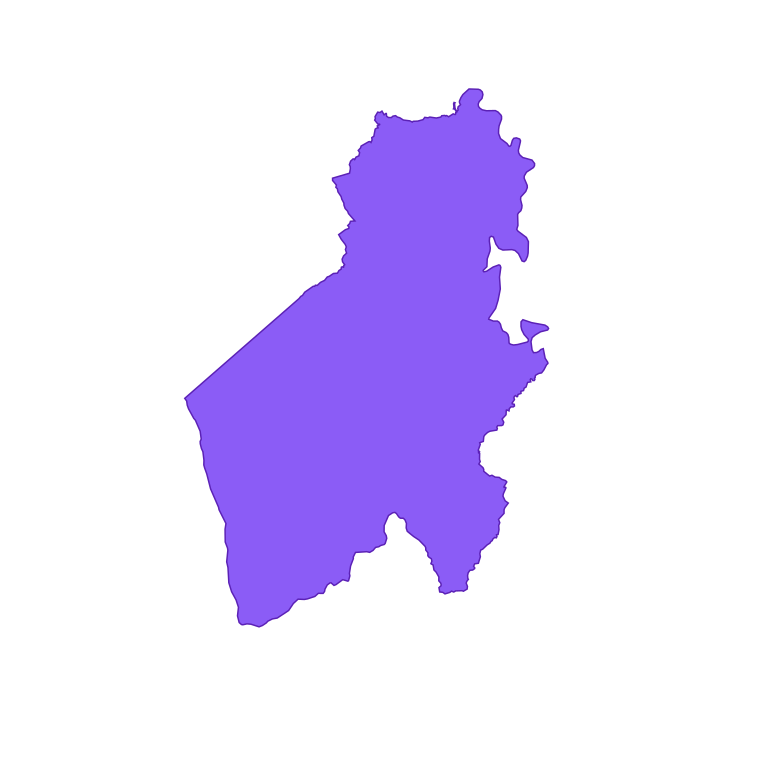 Riofrío, Valle del Cauca, Colombia, rotated 319°
{"feature_id": "7082276B33798425293322", "entity_name": "Riofrío", "entity_type": "district", "adm_level": 2, "iso_a3": "COL", "parent_name": "Colombia", "parent_adm1": "Valle del Cauca", "projection": "orthographic", "projection_center": [-76.345, 4.104], "detail": "fine", "context": "isolated", "style": "filled", "palette": "violet", "viewbox_px": 768, "rotation_deg": 319, "n_neighbors": 0, "source": "geoboundaries", "source_scale": "gbopen_adm2", "svg_char_len": 6171}
<svg xmlns="http://www.w3.org/2000/svg" viewBox="0 0 768 768"><g transform="rotate(319 384 384)"><path d="M641.7,217.1L633.5,217.3L630.0,218.3L626.5,220.0L625.5,221.3L625.0,223.4L621.9,223.4L620.3,224.6L619.8,225.8L618.2,226.1L617.8,225.4L618.5,222.5L621.2,218.6L622.1,218.4L621.6,217.5L620.4,218.1L618.2,221.2L616.9,221.9L617.7,222.9L617.3,226.4L616.3,226.1L615.3,227.2L614.5,227.3L613.4,225.5L608.1,224.7L607.4,222.5L606.3,222.1L606.1,221.2L603.6,219.4L602.0,219.8L598.0,217.6L593.7,212.6L591.8,211.9L589.7,209.5L586.9,210.1L581.9,207.7L578.4,204.9L577.2,204.9L576.1,202.3L571.8,197.5L570.6,193.4L569.2,191.3L568.8,189.1L566.5,187.7L564.3,187.7L562.2,185.8L561.6,183.7L563.2,181.4L562.8,181.0L560.7,180.9L561.5,176.7L559.1,176.5L557.6,174.7L552.7,176.3L551.5,178.1L550.1,178.7L549.9,183.8L551.1,185.0L550.9,185.4L548.2,184.8L547.6,186.8L546.1,186.0L544.5,185.9L538.8,190.4L536.4,190.0L535.0,192.1L532.6,193.2L532.4,191.8L531.4,191.1L522.9,189.4L521.0,190.5L517.8,190.8L517.4,193.4L514.7,195.3L511.7,194.4L509.1,195.4L509.0,194.5L508.2,193.8L505.0,193.9L501.7,195.8L501.2,197.7L499.8,199.5L496.3,202.3L480.2,194.9L478.7,196.7L478.6,202.6L476.7,204.0L476.9,206.0L475.3,208.8L474.6,214.4L473.4,216.8L472.4,221.1L471.1,222.8L469.8,226.1L469.9,229.7L469.0,232.1L469.0,241.8L465.4,239.2L463.4,240.4L460.6,240.6L460.5,242.6L459.4,243.5L456.1,242.2L447.8,241.5L446.7,246.6L446.3,253.2L445.5,255.8L443.1,257.2L441.6,260.7L437.6,260.8L434.3,262.3L432.9,264.6L432.5,268.2L431.4,268.2L430.1,269.3L429.3,268.1L428.4,267.9L427.0,269.2L424.4,268.8L421.6,269.8L418.3,267.4L413.3,266.8L411.4,266.0L407.1,266.8L402.7,265.6L398.3,265.8L397.0,264.4L395.8,264.8L394.7,263.8L384.4,262.7L380.6,263.7L378.6,263.3L375.9,263.8L224.2,264.1L223.9,267.4L221.6,270.9L220.2,274.5L217.9,285.1L217.9,287.6L214.3,299.0L209.9,305.7L207.6,306.7L206.1,308.6L203.9,312.9L202.9,316.3L198.1,323.4L194.9,326.9L193.6,329.6L191.3,335.5L184.3,349.4L178.3,368.4L177.0,370.7L173.2,385.6L168.8,389.3L160.5,399.1L158.3,405.1L157.1,407.0L148.6,415.0L145.8,420.2L136.5,432.2L132.7,440.8L130.7,449.9L127.7,457.0L121.3,462.9L118.2,469.0L118.6,472.0L119.5,473.1L123.2,475.1L126.0,478.0L130.4,485.3L133.8,486.5L138.4,487.1L140.7,486.8L145.7,488.1L149.9,490.6L163.4,492.4L171.6,490.2L178.0,490.0L182.5,494.3L185.3,496.0L192.6,499.0L197.1,498.9L200.7,502.1L203.0,501.6L204.9,500.1L209.4,498.4L212.7,498.7L213.6,499.3L214.1,503.2L216.1,503.9L224.5,504.6L227.4,509.1L228.2,509.2L232.4,506.4L233.6,504.3L239.4,499.4L246.3,495.7L247.3,494.4L252.0,492.4L260.9,499.2L262.8,501.7L266.5,502.4L270.5,501.8L273.3,503.4L275.5,503.7L279.0,505.3L280.3,505.1L284.8,502.3L286.2,499.9L287.1,495.6L291.3,490.9L301.1,486.2L306.1,486.9L308.0,488.1L308.4,490.0L307.9,494.0L308.3,496.0L310.5,498.0L310.7,500.2L309.5,503.9L306.3,507.2L304.9,510.5L306.3,518.5L308.0,524.6L308.5,533.3L308.1,534.9L306.6,536.7L306.4,540.2L304.4,542.4L304.3,544.3L305.1,546.9L303.9,549.1L301.5,550.4L302.3,552.8L299.7,557.1L299.9,560.2L298.8,565.6L296.2,568.5L296.2,571.5L295.5,572.9L294.6,573.7L291.9,573.7L289.6,577.5L291.7,579.8L292.3,582.4L297.0,584.5L299.0,584.6L300.2,586.8L302.4,587.2L307.3,591.2L308.0,592.5L312.2,593.3L314.2,591.5L315.4,588.2L316.9,587.3L319.6,586.7L319.6,585.9L321.4,583.4L323.7,581.7L326.7,581.0L328.9,582.6L331.3,582.8L331.9,582.2L332.0,580.4L334.4,579.2L337.6,581.2L343.4,577.6L345.0,574.9L348.0,572.8L350.2,573.4L356.3,573.1L359.6,573.6L361.3,573.0L363.0,573.2L364.1,572.5L366.7,572.4L367.9,573.8L369.2,573.2L370.0,571.6L371.4,572.4L375.2,569.4L377.8,566.0L380.4,564.6L381.6,561.3L389.7,560.4L392.1,557.7L393.9,556.7L399.7,555.4L398.8,551.6L400.2,546.7L402.0,545.2L407.9,542.4L408.0,541.7L406.8,540.8L407.2,540.2L412.4,538.5L412.4,536.7L410.3,533.2L409.7,530.1L406.8,527.2L405.6,523.7L403.3,522.7L402.0,515.3L403.3,513.8L403.8,512.1L403.1,506.6L405.7,505.7L406.7,503.5L410.6,499.2L410.2,498.0L410.6,497.5L410.9,498.3L411.6,497.9L411.2,497.2L411.8,496.5L411.7,495.8L416.9,492.8L417.7,491.1L421.3,492.5L424.9,489.1L426.8,488.6L430.4,488.5L432.9,489.1L438.9,492.8L440.4,491.9L440.8,490.5L442.4,490.0L445.6,492.6L447.0,492.9L449.3,491.4L450.2,487.9L455.9,487.3L459.1,484.0L459.7,484.2L460.7,486.3L462.4,484.8L464.8,484.6L466.5,486.1L468.0,486.2L469.0,484.8L467.8,483.1L468.2,482.4L472.2,481.4L473.0,479.6L474.3,478.9L475.6,479.0L476.0,480.9L476.9,480.9L478.3,479.8L481.2,481.0L482.5,479.3L485.0,480.5L487.1,479.1L489.2,479.5L493.4,477.0L496.2,478.7L497.2,476.7L498.1,476.3L498.8,477.2L498.6,479.1L499.8,480.0L501.0,479.4L501.3,478.4L502.5,478.2L503.3,477.2L504.6,476.9L507.8,477.6L510.2,479.0L513.8,478.3L519.4,476.1L521.1,476.1L521.8,475.1L522.5,470.3L527.4,461.8L525.1,460.9L522.2,461.0L519.7,460.3L517.4,458.4L518.1,455.4L522.7,448.5L526.2,446.2L530.3,446.2L536.4,447.3L542.9,450.6L544.6,450.1L545.0,448.2L544.1,445.1L535.7,434.6L531.0,426.6L528.2,427.0L525.1,430.5L523.5,433.4L522.2,438.5L522.3,444.7L521.2,446.2L519.9,446.4L518.6,445.8L510.8,441.9L507.4,439.6L505.5,436.9L505.3,435.1L508.8,430.6L510.0,427.9L510.0,425.5L508.5,421.8L509.4,418.6L511.1,415.3L511.4,412.7L510.8,410.8L507.9,408.4L505.5,403.8L506.7,403.0L517.8,400.2L525.1,395.6L534.1,388.6L541.3,379.1L548.7,372.6L549.4,370.7L548.9,369.5L543.1,367.3L535.4,366.2L533.0,364.9L533.0,363.8L533.4,363.3L538.6,363.0L544.0,357.3L551.2,353.2L553.4,351.1L557.3,345.2L559.8,342.7L561.8,342.8L563.0,344.9L560.2,352.0L559.7,357.0L561.6,360.9L568.7,366.5L570.5,369.2L571.0,373.9L568.9,381.7L570.0,383.6L572.0,383.7L576.2,381.7L578.7,379.7L586.4,371.3L587.6,366.8L585.4,356.6L585.6,354.4L589.1,352.2L596.1,343.7L597.8,343.1L601.0,343.0L603.4,341.6L605.3,339.8L608.0,334.5L609.9,332.6L617.3,331.7L621.0,329.8L622.4,328.0L624.8,320.6L626.4,319.0L630.5,317.6L638.8,318.7L640.8,318.0L642.3,316.4L642.6,312.1L637.3,304.1L636.8,300.3L637.3,297.9L638.7,295.8L645.8,290.7L646.7,289.8L647.1,288.1L645.4,285.1L643.1,283.7L640.8,284.3L636.3,287.2L634.9,287.2L634.3,286.2L634.6,283.2L632.9,275.2L634.8,270.1L637.5,267.1L640.2,264.7L646.5,261.2L648.3,259.1L648.7,257.8L648.5,253.5L647.4,250.7L640.6,245.0L638.0,241.5L637.3,238.8L637.4,236.5L638.8,234.5L641.1,233.3L645.3,232.8L648.5,230.5L649.8,228.0L649.6,225.3L648.6,223.5L641.7,217.1Z" fill="#8b5cf6" stroke="#5b21b6" stroke-width="1.5"/></g></svg>